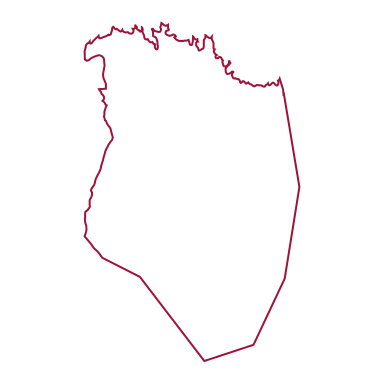 Aconibe, Wele-Nzás, Equatorial Guinea (Equal Earth projection)
{"feature_id": "11065452B89932418637458", "entity_name": "Aconibe", "entity_type": "district", "adm_level": 2, "iso_a3": "GNQ", "parent_name": "Equatorial Guinea", "parent_adm1": "Wele-Nzás", "projection": "equal_earth", "projection_center": [10.91, 1.339], "detail": "fine", "context": "isolated", "style": "outline", "palette": "rose", "viewbox_px": 384, "rotation_deg": 0, "n_neighbors": 0, "source": "geoboundaries", "source_scale": "gbopen_adm2", "svg_char_len": 5611}
<svg xmlns="http://www.w3.org/2000/svg" viewBox="0 0 384 384"><path d="M89.5,41.8L88.5,42.9L87.5,43.4L87.2,43.7L86.5,44.3L85.9,45.3L85.8,46.5L85.7,47.2L84.6,51.2L84.9,59.5L86.8,60.8L88.9,60.0L91.3,58.1L93.7,56.9L97.1,55.6L99.5,55.2L102.2,56.4L104.0,58.8L104.2,61.8L104.6,65.7L104.2,67.5L103.4,72.0L103.0,74.8L103.5,78.1L104.9,81.4L105.9,84.0L105.9,88.7L99.0,89.2L99.9,90.7L100.9,91.9L101.7,94.1L102.0,94.4L102.8,94.9L103.1,95.3L103.8,96.6L104.0,97.2L104.1,98.4L104.0,98.8L103.6,99.6L103.1,100.3L102.5,100.9L102.7,101.1L103.6,101.6L104.3,102.3L105.2,103.8L105.6,104.8L106.7,105.3L105.7,107.5L104.4,111.8L104.4,114.8L103.9,116.6L104.4,117.7L105.0,120.3L105.9,120.9L106.4,121.8L106.8,123.2L108.0,125.2L109.5,127.1L110.5,128.7L111.1,130.8L111.5,132.9L112.8,137.3L112.2,139.8L110.6,141.7L108.5,144.7L107.7,146.6L106.3,149.0L105.4,151.1L104.8,153.4L103.4,158.3L103.1,159.8L101.2,165.8L100.6,169.0L99.0,172.7L97.1,176.1L95.5,179.6L94.9,182.5L94.2,184.9L91.9,188.1L91.2,189.5L91.0,190.4L91.3,191.4L92.0,192.5L92.1,194.5L91.4,197.0L90.6,198.3L89.7,200.1L89.6,203.8L89.9,206.7L88.3,209.2L87.0,210.7L85.5,211.6L85.3,212.1L85.1,214.0L85.2,217.1L84.8,219.0L85.4,223.2L86.2,225.6L86.5,228.9L86.2,231.7L84.6,236.3L90.8,243.7L94.1,248.4L97.3,251.2L99.5,253.8L102.3,257.8L139.9,276.9L204.3,361.0L253.5,344.8L284.7,278.6L299.4,187.0L283.9,94.0L283.5,94.3L283.1,89.5L279.7,78.7L279.5,79.2L278.7,80.2L278.0,80.6L278.2,81.3L278.5,82.6L278.5,83.1L278.4,83.5L277.7,85.0L277.4,85.4L277.1,85.5L276.6,85.5L275.2,84.6L273.8,82.9L272.9,82.6L271.6,83.5L270.7,84.7L269.9,85.2L269.6,85.3L269.1,85.2L268.5,84.6L268.2,84.1L268.0,83.3L267.3,84.3L267.0,84.5L265.7,85.1L264.9,86.4L264.7,86.6L264.3,86.7L263.3,86.5L262.5,86.1L262.0,85.8L261.8,85.5L256.6,85.0L255.7,85.7L254.5,86.3L254.1,86.4L252.7,85.7L251.6,84.6L249.6,83.9L248.6,83.1L248.2,82.4L246.6,83.5L246.4,83.6L246.0,83.6L245.6,83.3L244.5,81.9L243.5,81.2L243.1,81.0L241.4,82.7L241.1,82.9L240.7,82.9L240.2,82.4L239.8,80.7L238.7,79.2L237.7,79.2L236.2,78.7L235.3,78.2L234.6,78.5L234.2,78.5L233.3,78.2L233.1,77.9L232.3,76.4L231.9,75.0L231.9,74.5L232.1,73.9L233.1,72.4L233.3,72.0L233.1,71.8L232.2,71.5L230.2,73.1L228.8,73.8L227.5,74.1L227.2,74.0L226.8,73.7L225.9,72.2L225.8,71.8L225.7,70.4L225.6,69.6L225.5,69.0L225.7,68.4L227.2,66.3L229.3,64.4L230.4,63.0L229.9,62.4L229.4,61.2L228.9,61.3L229.0,61.7L229.0,62.2L228.7,63.6L228.5,64.1L227.4,65.4L226.0,66.4L225.6,66.5L224.0,66.2L223.6,65.9L223.4,65.5L223.1,64.1L222.5,62.8L222.4,62.3L222.5,61.7L223.0,60.5L222.9,60.3L222.2,59.9L221.5,58.1L220.7,57.3L220.0,57.0L219.2,57.0L218.9,57.2L218.4,58.0L217.9,58.2L216.6,58.3L216.1,58.2L215.8,57.9L215.5,57.0L215.6,56.1L215.8,55.5L216.1,55.2L216.6,55.0L215.8,54.5L214.6,53.2L213.8,51.7L213.8,50.9L214.7,49.5L214.4,49.5L214.0,49.2L213.7,48.7L213.5,48.2L213.5,43.1L212.9,41.4L212.2,40.0L211.7,38.6L211.6,38.1L211.8,36.7L211.2,37.4L210.3,38.0L209.9,38.2L209.5,38.1L208.1,37.3L207.2,36.6L206.6,36.2L205.9,35.4L205.4,35.2L205.5,37.2L205.4,37.7L203.8,40.0L203.8,40.7L203.8,45.8L203.6,47.7L203.4,48.2L203.1,48.5L202.0,49.0L200.5,50.0L199.5,50.5L199.1,50.5L198.7,50.3L198.5,49.8L198.2,48.2L197.4,47.1L196.4,45.9L196.2,45.4L196.2,43.0L196.3,42.4L196.7,41.9L197.4,41.6L197.9,41.6L197.5,40.8L197.3,39.8L197.3,39.3L196.8,39.5L196.1,39.5L195.1,39.2L194.1,38.1L193.3,36.7L193.0,36.5L193.0,37.3L193.0,38.7L192.8,39.8L192.9,40.8L192.7,41.9L192.2,44.2L192.0,44.7L191.6,45.0L190.2,44.8L189.9,44.5L189.7,44.1L189.1,41.7L188.8,40.8L188.6,39.9L186.2,40.7L184.8,40.6L182.2,40.9L183.5,41.3L181.5,41.0L178.6,40.9L177.8,40.3L176.1,39.5L174.3,37.4L174.7,36.6L175.8,36.4L175.3,35.5L174.5,34.9L173.4,34.5L173.0,34.5L171.2,35.5L169.6,35.8L169.3,35.8L167.0,34.9L165.9,33.9L165.6,33.4L165.6,32.9L165.6,32.0L165.8,31.5L166.1,31.1L166.8,30.7L168.5,30.3L168.8,29.5L168.3,28.9L168.2,28.3L168.1,26.5L168.0,24.9L167.3,25.5L166.9,25.7L166.6,25.6L166.3,25.4L166.0,25.6L165.7,25.7L164.6,25.5L163.4,24.8L162.5,23.7L161.4,23.0L161.1,24.9L160.3,27.3L160.3,27.5L160.9,28.5L161.0,28.9L161.0,29.7L160.9,30.1L160.6,31.1L160.3,31.6L159.9,31.8L158.7,32.0L157.1,31.6L156.1,31.3L155.3,31.2L154.9,31.1L154.0,30.4L152.9,28.8L152.4,28.8L151.9,29.1L151.9,29.6L152.7,30.5L152.8,31.0L153.1,34.1L153.1,35.7L153.3,36.2L155.9,37.5L156.2,37.9L157.1,40.5L157.5,42.3L157.5,44.3L157.8,45.7L157.9,47.1L157.8,47.6L157.5,48.7L157.3,49.2L156.9,49.4L156.5,49.3L155.8,48.9L155.5,48.6L154.8,47.1L154.8,46.7L154.9,45.4L155.1,44.6L154.9,44.1L153.6,43.9L152.8,42.8L152.4,42.0L151.3,42.3L150.3,42.3L150.0,42.1L148.7,40.9L147.8,39.2L147.7,39.1L146.6,39.4L145.7,39.4L145.3,39.2L144.8,38.6L144.3,37.5L144.2,37.0L144.1,35.5L143.8,34.7L143.3,33.9L142.6,32.2L142.5,31.7L142.7,29.2L142.2,27.6L141.9,27.4L141.9,27.7L142.1,28.6L142.1,29.0L141.6,30.2L140.7,31.5L140.1,31.6L139.7,31.4L139.1,30.3L138.0,29.9L137.2,29.2L136.9,28.7L136.8,28.2L136.9,27.2L135.9,26.2L135.1,24.7L135.2,25.4L135.3,27.3L135.2,27.8L134.9,28.2L134.0,28.8L133.6,28.9L132.6,28.8L132.7,29.1L133.3,29.7L133.4,30.0L133.5,31.2L133.5,31.7L133.2,32.2L132.5,33.1L131.7,33.6L131.4,33.6L130.2,33.6L128.8,33.1L127.9,32.2L127.3,32.2L125.6,32.5L125.2,32.4L123.6,31.7L122.8,31.1L122.6,30.7L122.3,29.8L122.0,30.3L121.5,31.2L121.1,31.5L120.6,31.5L119.9,31.2L118.7,30.4L117.9,29.6L117.0,29.2L116.7,28.9L116.2,29.3L115.9,29.3L115.1,28.9L114.3,28.1L113.7,27.2L113.3,26.8L112.4,27.5L112.2,28.3L112.1,30.1L111.5,32.0L111.2,32.5L110.9,33.9L110.7,34.4L110.3,34.7L109.2,35.1L108.8,35.1L108.4,34.7L106.3,36.1L103.2,37.1L102.5,37.6L99.9,38.4L99.5,38.2L99.2,38.0L98.9,37.5L98.6,35.9L98.1,36.5L96.1,38.1L94.4,39.9L93.5,40.7L91.8,43.0L91.5,43.2L90.6,43.6L90.2,43.5L89.8,42.9L89.7,41.5L89.5,41.8Z" fill="none" stroke="#9f1239" stroke-width="2"/></svg>